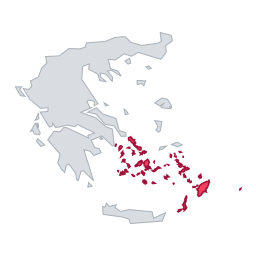 location of Notioy Aigaioy, Notio Aigaio, Greece
{"feature_id": "26713481B52894455575268", "entity_name": "Notioy Aigaioy", "entity_type": "district", "adm_level": 2, "iso_a3": "GRC", "parent_name": "Greece", "parent_adm1": "Notio Aigaio", "projection": "natural_earth1", "projection_center": [26.069, 36.671], "detail": "fine", "context": "in_parent", "style": "filled", "palette": "rose", "viewbox_px": 256, "rotation_deg": 0, "n_neighbors": 0, "source": "geoboundaries", "source_scale": "gbopen_adm2", "svg_char_len": 9711}
<svg xmlns="http://www.w3.org/2000/svg" viewBox="0 0 256 256"><path d="M160.2,32.5L171.3,35.4L172.3,41.0L165.7,45.5L166.2,52.3L160.8,59.3L138.3,52.4L131.3,56.3L124.2,53.7L115.3,60.0L108.2,59.3L110.5,68.6L118.2,71.2L121.1,76.2L111.5,70.3L107.3,71.1L112.6,77.2L112.2,81.4L105.9,74.1L100.5,73.0L100.6,77.1L106.0,81.5L99.8,80.7L98.0,74.3L88.7,69.1L89.3,63.8L82.7,66.4L81.7,79.3L98.0,103.6L94.1,105.7L94.3,101.3L88.9,99.9L87.0,101.3L88.1,103.8L89.8,107.7L92.1,107.5L80.8,112.3L96.2,118.1L105.9,126.8L112.3,129.0L114.2,145.0L112.3,145.9L101.7,135.8L91.1,140.2L94.7,147.5L99.2,148.7L101.2,152.6L93.8,155.6L90.5,151.4L83.9,149.7L93.5,180.7L83.5,170.9L81.0,171.3L78.2,180.7L76.8,179.9L75.7,173.5L69.1,164.2L66.2,165.3L64.7,172.5L61.2,168.9L57.8,162.8L60.1,154.1L47.7,139.8L54.2,131.2L60.0,131.8L63.8,127.5L66.7,127.7L88.5,138.0L87.9,135.3L94.5,133.0L77.3,124.4L75.0,126.7L67.0,125.1L55.8,127.7L52.7,123.0L52.0,126.2L49.3,127.0L40.1,112.1L47.9,111.5L48.1,107.7L40.5,108.3L29.8,99.3L23.3,88.6L28.8,89.4L31.9,85.9L30.4,81.0L38.3,77.1L41.8,67.8L46.9,62.9L45.6,56.5L59.3,55.9L68.7,48.6L79.9,48.9L85.1,47.2L86.5,42.9L105.5,41.4L114.9,37.4L125.2,36.7L130.9,42.3L141.6,45.4L156.6,43.5L161.3,41.4L160.2,32.5ZM109.1,206.5L116.3,204.8L115.0,207.6L120.6,211.5L129.0,209.6L152.1,211.8L153.5,218.2L165.6,212.7L162.1,221.1L130.7,223.5L128.7,219.1L123.1,217.1L103.1,214.4L102.7,206.5L105.0,207.1L106.5,203.1L109.1,206.5ZM96.4,107.7L102.4,113.8L116.0,118.5L119.2,130.6L125.7,132.6L126.1,136.2L121.1,136.3L113.9,125.8L105.1,124.3L96.2,114.2L87.6,112.2L96.4,107.7ZM167.5,99.3L171.3,105.5L171.5,107.7L169.3,106.5L170.7,108.7L161.9,107.8L160.7,106.3L164.5,103.0L159.9,105.9L154.8,102.9L162.0,98.0L167.5,99.3ZM200.4,195.3L197.5,194.5L197.5,188.5L202.0,183.6L209.2,181.1L206.0,191.5L200.4,195.3ZM160.4,130.6L158.3,132.2L155.8,129.9L158.1,126.8L154.8,120.6L161.9,121.5L160.4,130.6ZM35.3,123.4L40.2,132.8L39.6,134.8L34.2,133.8L32.7,130.2L30.4,131.7L35.3,123.4ZM24.9,96.4L20.5,95.6L15.4,86.9L21.7,86.8L19.8,89.7L24.9,96.4ZM145.7,80.9L143.8,85.8L141.4,83.4L137.2,84.5L137.1,80.4L145.7,80.9ZM177.0,142.1L182.2,145.0L177.5,146.8L171.5,144.6L177.0,142.1ZM130.8,63.1L128.0,64.1L125.1,61.0L129.6,58.3L130.8,63.1ZM37.9,138.8L44.7,145.0L40.7,146.3L36.3,140.9L37.9,138.8ZM147.9,166.0L145.9,167.0L143.8,163.1L147.5,159.5L147.9,166.0ZM134.6,139.5L134.7,145.5L128.8,137.9L134.6,139.5ZM186.2,198.4L184.3,210.1L182.8,204.7L186.2,198.4ZM38.8,118.8L35.2,120.3L38.5,113.0L38.8,118.8ZM92.0,186.4L87.8,187.1L88.7,182.5L92.0,186.4ZM179.9,172.8L185.9,167.9L189.1,168.8L184.5,171.3L179.9,172.8ZM159.0,150.1L160.2,147.1L166.3,146.0L162.9,149.0L159.0,150.1ZM140.9,160.8L140.1,165.3L137.9,164.1L140.9,160.8ZM140.7,147.2L139.1,149.6L135.5,145.9L140.7,147.2ZM128.4,113.9L125.3,114.5L124.1,109.1L125.9,110.2L128.4,113.9ZM151.3,68.4L148.7,69.1L145.9,66.8L148.6,65.9L151.3,68.4ZM124.9,171.7L124.8,174.0L120.1,174.8L120.9,172.3L124.9,171.7ZM159.8,167.8L152.4,171.0L158.3,166.8L159.8,167.8ZM122.0,146.7L119.4,150.1L121.5,145.7L122.0,146.7ZM146.1,151.7L142.5,153.4L142.7,151.2L146.1,151.7ZM168.8,176.8L165.8,178.9L164.4,177.9L166.7,175.3L168.8,176.8ZM182.0,165.0L179.2,166.6L178.5,162.6L182.0,165.0ZM123.8,153.5L121.4,156.2L122.7,151.6L123.8,153.5ZM38.4,124.0L38.5,127.8L36.7,123.2L38.4,124.0ZM144.8,173.0L143.8,174.7L141.4,171.9L144.8,173.0ZM108.2,105.3L105.6,105.9L104.0,102.7L108.2,105.3ZM102.8,138.9L100.8,139.5L99.8,138.7L101.3,137.0L102.8,138.9ZM124.8,159.6L122.5,161.3L122.8,159.8L124.8,159.6ZM144.8,179.9L145.4,183.7L143.9,183.2L144.8,179.9ZM130.1,166.5L128.2,166.2L128.3,164.4L130.1,166.5Z" fill="#d9dde1" stroke="#a8b0b8" stroke-width="1"/><path d="M209.5,182.4L208.9,180.4L208.2,181.4L206.6,181.5L201.6,183.9L199.5,185.7L198.7,188.0L196.7,188.9L197.4,189.5L197.3,190.1L198.4,190.6L198.4,193.0L197.6,194.9L198.7,196.4L198.3,196.7L200.9,195.3L202.9,192.1L204.6,191.2L206.0,191.8L205.7,191.3L206.1,190.4L205.5,190.3L205.7,189.4L206.2,188.3L207.1,188.0L208.8,184.1L208.6,183.5L209.5,182.4ZM148.9,161.1L147.7,159.3L144.9,161.3L143.9,162.6L143.3,162.4L144.1,163.9L144.3,165.7L145.2,166.0L145.4,167.3L148.2,166.0L148.8,162.9L149.3,162.6L148.9,161.1ZM131.9,138.9L131.8,137.9L131.0,137.7L130.8,136.8L128.7,137.7L128.4,138.9L129.0,140.4L129.5,140.0L130.3,140.3L131.6,142.5L133.0,143.4L134.0,145.3L134.8,145.7L134.6,145.2L135.6,143.3L134.5,143.2L135.2,142.1L134.1,141.2L134.6,139.7L132.8,139.6L131.9,138.9ZM186.5,198.3L184.9,198.9L184.8,201.1L184.0,202.3L183.9,203.4L182.6,204.7L183.8,206.2L183.9,207.9L183.1,209.0L184.4,209.8L184.3,210.4L185.1,209.7L184.6,209.6L185.2,208.6L186.4,208.2L186.7,207.7L185.8,207.1L186.1,206.1L184.6,204.3L186.1,201.1L185.9,199.8L186.5,198.3ZM187.8,168.1L187.4,167.4L182.8,169.3L181.0,171.5L179.4,171.8L179.3,173.3L180.5,174.3L180.6,172.1L182.1,171.6L183.6,171.9L185.0,170.5L189.1,168.9L188.8,168.2L187.8,168.1ZM136.8,146.0L135.2,145.9L135.0,146.3L137.9,148.7L138.0,149.4L139.9,150.2L140.9,149.8L141.3,147.8L139.9,147.0L136.9,146.7L136.8,146.0ZM140.8,160.8L139.2,161.6L138.5,162.3L139.1,162.5L138.0,163.2L137.8,164.6L138.2,165.3L139.6,165.8L141.2,164.6L141.9,163.3L141.4,162.8L142.2,161.0L141.5,160.8L141.5,161.5L140.6,161.7L140.8,160.8ZM123.4,172.3L122.5,171.4L122.1,171.8L122.5,172.8L123.4,173.3L122.9,173.8L121.7,173.4L121.7,172.5L120.6,172.3L120.0,175.1L124.9,174.1L125.0,171.9L124.4,171.6L123.4,172.3ZM122.2,146.6L120.8,145.7L119.6,146.4L119.0,147.9L119.1,150.3L121.7,147.9L122.2,146.6ZM158.7,166.9L157.6,167.1L157.3,167.6L157.7,167.9L154.7,169.3L154.7,169.7L155.2,169.8L154.9,170.2L152.4,170.9L153.8,171.6L155.3,171.0L157.7,168.5L160.3,168.0L158.7,166.9ZM180.0,163.3L178.3,162.9L180.3,164.6L179.7,164.5L179.0,166.4L180.1,167.2L180.7,167.2L180.7,166.4L182.3,166.6L181.7,166.2L182.1,165.2L181.9,164.7L180.8,164.4L180.4,163.9L180.9,163.9L180.0,163.3ZM142.6,171.0L141.7,171.2L141.3,172.9L142.2,173.1L143.6,175.2L144.3,174.9L144.2,173.6L144.7,173.1L143.0,172.0L142.6,171.0ZM122.7,152.6L122.7,151.4L121.2,153.1L121.8,153.4L121.9,154.7L121.1,156.6L122.9,155.2L123.2,153.9L123.8,153.8L123.5,153.0L122.7,152.6ZM167.0,175.1L167.0,176.0L167.7,175.8L167.2,176.1L167.4,176.8L166.1,177.2L164.4,176.4L164.4,177.6L165.0,178.6L166.6,178.9L166.0,178.0L166.5,178.0L166.6,177.1L169.0,176.8L167.0,175.1ZM143.8,151.0L142.6,151.4L143.0,152.2L142.4,152.8L142.5,153.7L142.9,153.1L144.7,153.4L144.8,152.8L146.0,152.5L146.1,151.6L144.5,151.0L144.1,151.9L143.8,151.0ZM134.1,152.8L134.0,150.9L132.8,150.6L133.3,151.2L133.2,152.4L132.3,153.4L132.9,154.0L132.8,154.8L134.9,153.7L134.1,152.8ZM127.3,163.9L128.2,165.2L127.8,165.6L128.6,167.8L130.2,166.5L128.8,164.4L127.3,163.9ZM124.2,159.2L122.9,159.6L122.2,161.6L123.3,161.1L123.2,161.5L124.2,161.9L124.5,160.9L124.9,161.3L124.9,159.6L124.2,159.2ZM145.2,180.3L143.9,180.0L144.9,180.4L145.4,182.3L144.9,183.1L143.6,183.3L145.6,183.9L146.6,183.1L146.6,181.9L145.2,180.3ZM181.5,209.4L179.0,209.7L177.7,211.6L178.5,211.9L180.8,210.4L181.5,209.4ZM190.0,181.7L189.1,179.6L188.7,180.4L187.9,180.0L187.7,181.3L188.4,181.7L189.2,181.1L190.1,182.6L191.3,182.0L191.1,181.5L190.9,181.9L190.0,181.7ZM199.7,175.7L200.2,175.1L198.6,176.1L198.6,176.7L199.6,176.6L199.2,177.3L200.4,177.5L200.2,178.1L201.1,177.7L200.8,177.3L201.1,177.0L200.7,176.9L201.1,176.6L201.0,175.5L199.7,175.7ZM176.7,159.4L175.7,160.1L177.1,160.7L176.7,161.3L177.0,161.9L177.8,161.4L177.2,161.9L177.4,162.2L178.5,162.1L177.8,161.0L178.1,160.6L177.3,160.5L177.7,159.8L176.7,159.4ZM139.5,173.6L139.3,173.1L137.8,173.6L136.8,175.3L139.5,173.6ZM185.4,175.8L184.0,176.1L184.0,177.2L185.8,177.2L185.4,175.8ZM155.1,183.3L153.0,181.9L152.1,183.0L153.0,183.6L155.1,183.3ZM125.5,169.4L124.6,170.1L125.0,171.4L125.8,171.4L126.5,169.9L125.5,169.4ZM137.2,166.8L136.9,165.9L137.6,163.7L136.0,164.7L136.0,165.6L137.2,166.8ZM172.2,155.4L170.4,154.4L170.3,156.8L170.9,156.8L170.6,157.2L171.1,157.4L171.3,156.5L170.6,155.8L171.1,155.2L172.2,155.4ZM134.4,175.8L132.4,174.5L131.9,174.7L133.4,176.4L134.5,176.4L134.4,175.8ZM195.3,186.6L193.0,186.6L193.0,187.4L195.1,187.2L195.3,186.6ZM186.6,197.7L186.6,196.1L186.3,196.0L185.5,197.4L186.0,197.9L186.6,197.7ZM146.4,169.9L146.3,168.7L145.0,169.8L145.8,170.2L146.4,169.9ZM115.3,146.8L116.3,144.7L116.2,143.7L115.3,145.8L115.3,146.8ZM127.7,171.3L126.5,171.2L126.7,172.0L127.9,172.0L127.7,171.3ZM129.8,147.2L129.0,147.2L127.6,147.9L129.8,148.3L129.8,147.2ZM176.2,156.3L174.7,155.8L174.5,156.2L176.1,157.1L176.2,156.3ZM151.0,168.6L150.2,167.6L149.3,168.4L151.0,168.6ZM184.9,166.4L183.5,166.4L184.1,167.2L185.0,167.3L184.5,166.9L184.9,166.4ZM181.2,152.2L180.3,151.6L179.3,151.6L179.9,152.5L181.2,152.2ZM140.8,153.0L140.1,152.8L140.9,153.8L140.5,154.6L141.3,154.3L140.8,153.0ZM154.3,162.6L154.4,161.2L153.7,161.8L153.3,161.6L154.3,162.6ZM239.9,189.8L240.6,189.2L240.2,189.1L240.4,188.7L239.8,189.1L239.9,189.8ZM143.6,180.9L143.2,180.4L142.9,181.4L143.5,181.7L143.6,180.9ZM169.6,165.1L168.0,164.7L168.3,165.1L167.8,165.3L169.6,165.1ZM174.1,183.7L173.8,183.2L173.2,183.3L173.5,184.0L174.1,183.7ZM118.3,171.6L118.5,170.7L117.8,170.7L117.8,171.2L118.3,171.6ZM147.8,169.2L147.4,168.1L146.9,168.7L147.8,169.2ZM136.2,166.1L135.1,166.0L135.3,166.5L136.2,166.1ZM197.6,185.7L197.1,185.3L196.7,186.0L197.3,185.7L197.1,186.4L197.6,185.7ZM175.3,154.7L174.7,153.4L174.4,153.6L175.3,154.7ZM149.2,167.0L149.6,166.9L149.8,166.6L149.1,166.4L149.2,167.0ZM165.3,165.3L164.5,165.5L164.4,165.8L164.9,165.9L165.3,165.3ZM179.3,164.8L178.4,164.7L179.2,165.3L179.3,164.8ZM200.7,174.4L200.1,174.7L200.1,175.0L200.7,175.0L200.7,174.4ZM184.3,174.4L184.1,174.0L183.4,174.8L183.6,175.1L184.3,174.4ZM183.2,157.2L183.3,156.5L183.1,156.4L182.9,157.1L183.2,157.2ZM148.5,167.9L149.1,167.1L148.1,167.9L148.5,167.9ZM144.8,181.8L144.3,182.1L144.7,182.1L144.8,181.8ZM141.7,154.5L141.9,154.0L141.7,153.4L141.6,153.6L141.7,154.5Z" fill="#f43f5e" stroke="#9f1239" stroke-width="1.5"/></svg>